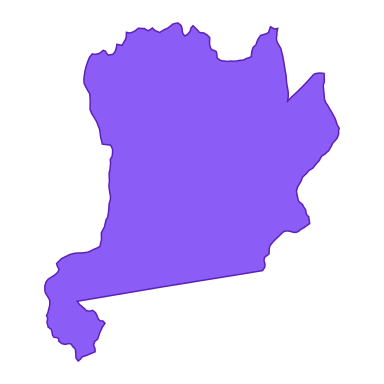 São Domingos do Maranhão, Maranhão, Brazil
{"feature_id": "56859067B35483531108788", "entity_name": "São Domingos do Maranhão", "entity_type": "district", "adm_level": 2, "iso_a3": "BRA", "parent_name": "Brazil", "parent_adm1": "Maranhão", "projection": "natural_earth1", "projection_center": [-44.348, -5.667], "detail": "fine", "context": "isolated", "style": "filled", "palette": "violet", "viewbox_px": 384, "rotation_deg": 0, "n_neighbors": 0, "source": "geoboundaries", "source_scale": "gbopen_adm2", "svg_char_len": 3510}
<svg xmlns="http://www.w3.org/2000/svg" viewBox="0 0 384 384"><path d="M95.1,351.8L95.0,348.7L93.6,345.1L94.7,341.5L97.7,339.0L99.9,332.3L102.7,326.6L105.0,323.3L102.8,320.9L100.2,321.0L98.3,319.0L97.2,316.0L95.5,312.6L92.7,310.4L89.5,311.2L86.4,310.6L84.6,308.8L82.1,306.6L79.6,304.5L77.2,301.3L158.6,287.5L161.6,287.0L196.2,281.4L237.0,274.8L262.6,270.6L264.8,267.1L265.0,264.2L264.0,260.5L264.6,257.3L269.0,254.0L269.3,248.3L270.0,245.7L273.3,241.5L282.0,233.1L283.6,231.7L286.5,230.9L289.1,231.1L293.6,232.3L296.1,232.4L298.6,231.3L300.3,229.7L302.4,228.5L304.5,227.3L309.7,223.5L309.2,220.2L308.7,216.7L307.0,215.2L306.1,213.1L305.7,209.9L303.8,207.1L302.4,204.4L299.9,202.4L298.3,200.6L296.4,191.3L297.5,187.1L300.8,181.6L302.6,177.1L306.5,173.4L308.9,170.5L312.9,168.1L316.3,163.7L319.1,160.8L320.9,157.4L322.2,155.6L324.7,154.4L326.8,152.3L328.6,150.8L331.2,146.4L332.7,143.2L334.6,141.1L337.0,138.4L338.6,134.3L338.6,130.6L339.2,128.2L337.1,124.7L335.3,118.9L333.4,115.4L331.0,110.9L329.2,108.1L327.4,104.8L325.9,102.9L324.5,99.3L323.9,92.6L323.2,85.4L324.4,81.8L324.3,79.0L324.1,73.4L319.8,73.0L317.8,73.2L314.8,73.8L313.0,75.2L308.0,80.8L303.2,85.9L296.8,92.2L294.5,94.4L292.4,96.2L290.6,98.0L287.6,101.1L288.0,98.5L288.3,95.9L288.3,93.1L287.7,88.7L287.2,86.2L286.6,82.7L286.2,77.0L285.9,74.3L285.3,71.5L283.7,61.4L282.6,55.6L281.9,52.8L280.8,48.5L279.3,45.9L277.5,42.8L276.6,40.3L276.4,37.7L276.9,35.4L276.9,32.3L277.7,28.4L274.4,29.0L270.5,26.7L269.2,30.3L268.5,32.5L266.1,33.8L263.3,34.6L260.5,35.5L258.0,39.3L256.9,41.8L255.9,45.0L253.1,47.4L252.0,50.7L251.5,53.8L251.2,56.8L248.3,57.9L245.8,58.7L243.5,60.1L239.9,60.3L236.6,61.0L232.9,61.2L230.8,61.0L227.6,61.4L221.9,60.8L219.8,60.1L217.1,57.9L216.9,54.8L216.3,51.7L214.2,50.4L212.2,50.1L210.8,48.3L209.6,44.9L209.6,41.3L209.7,37.6L207.4,35.2L205.7,34.0L203.5,32.8L201.4,32.9L199.4,32.3L197.3,29.9L193.0,25.7L191.2,27.6L190.1,31.3L187.7,34.2L185.0,35.9L183.2,34.2L182.4,31.9L182.1,28.5L181.2,25.6L178.1,23.0L175.0,23.4L172.6,24.2L170.8,25.8L167.8,28.1L164.5,29.5L162.1,30.9L159.7,32.5L155.0,30.5L152.4,28.0L148.6,30.7L146.3,29.8L144.5,28.5L141.3,28.5L138.4,28.2L136.4,29.9L133.8,31.6L129.9,33.1L126.4,32.3L126.3,36.7L125.3,39.8L123.3,43.0L122.0,45.4L119.6,44.8L116.9,44.3L116.3,47.9L114.9,52.0L112.9,54.3L110.7,54.7L108.4,55.2L106.8,53.7L105.5,51.2L103.1,50.3L101.3,52.0L99.0,53.5L95.1,54.4L92.2,53.9L89.4,57.5L87.6,62.0L86.2,66.3L85.2,70.1L84.3,75.3L83.9,79.4L84.1,83.4L85.7,86.7L88.3,91.5L89.6,93.5L90.0,96.7L90.2,99.8L90.1,106.3L90.1,109.5L91.5,113.2L95.3,119.3L96.8,122.1L99.7,129.7L100.5,136.1L101.0,138.7L101.6,141.1L102.3,144.1L110.7,145.2L112.5,149.1L112.6,151.6L112.2,156.0L110.2,159.8L110.6,162.5L110.1,168.7L109.1,173.4L109.4,181.5L108.9,186.0L109.7,192.0L110.4,195.7L110.4,199.4L109.1,203.8L108.7,209.8L108.4,212.9L107.6,217.3L106.0,219.9L104.4,227.0L102.4,230.7L101.3,233.1L101.5,239.6L100.6,243.1L99.9,246.5L97.0,248.0L93.9,249.3L91.0,250.8L87.8,252.2L82.2,252.9L78.2,253.0L75.1,253.2L72.5,253.8L69.6,254.6L61.5,258.6L56.6,263.5L57.4,266.4L59.0,269.3L57.7,272.3L54.5,275.2L50.5,277.7L48.2,279.2L46.0,282.0L44.8,286.2L44.9,290.8L45.7,293.5L47.3,295.9L49.6,299.9L49.9,304.5L49.0,308.1L47.8,313.0L46.5,315.4L47.7,318.1L47.0,322.4L48.2,327.2L51.1,329.1L51.9,331.7L52.5,335.2L54.1,337.4L56.5,337.4L58.5,338.5L58.8,341.2L61.8,343.6L65.1,344.4L68.2,343.7L70.9,343.8L72.9,346.7L75.3,349.0L75.7,352.6L76.0,358.1L78.2,361.0L80.4,359.2L82.2,356.8L85.6,355.8L91.0,353.5L95.1,351.8Z" fill="#8b5cf6" stroke="#5b21b6" stroke-width="1.5"/></svg>